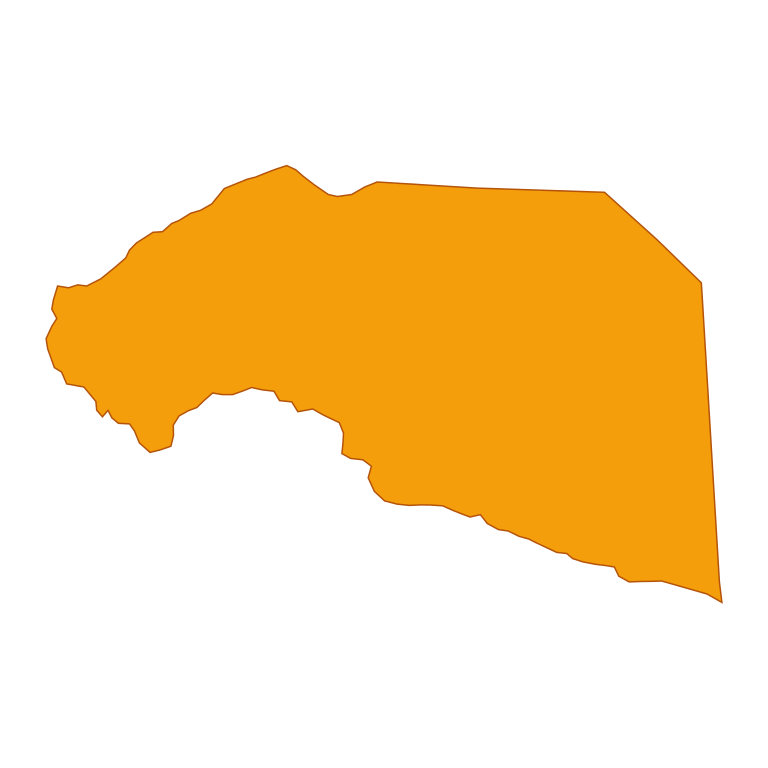 Luzinópolis, Tocantins, Brazil (Robinson projection)
{"feature_id": "56859067B89820520671314", "entity_name": "Luzinópolis", "entity_type": "district", "adm_level": 2, "iso_a3": "BRA", "parent_name": "Brazil", "parent_adm1": "Tocantins", "projection": "robinson", "projection_center": [-47.877, -6.217], "detail": "fine", "context": "isolated", "style": "filled", "palette": "amber", "viewbox_px": 768, "rotation_deg": 0, "n_neighbors": 0, "source": "geoboundaries", "source_scale": "gbopen_adm2", "svg_char_len": 1544}
<svg xmlns="http://www.w3.org/2000/svg" viewBox="0 0 768 768"><path d="M102.4,416.8L108.0,410.4L111.9,417.9L118.4,423.3L129.5,423.9L134.4,430.8L139.4,442.9L150.0,452.4L159.9,450.0L170.9,446.2L173.5,435.5L173.3,425.1L179.1,415.9L188.2,410.8L196.9,407.5L204.2,400.4L212.6,393.0L222.3,394.6L232.6,394.6L243.3,390.8L251.6,387.5L262.5,389.9L274.0,391.2L279.5,400.6L291.8,401.9L297.9,411.7L312.8,409.0L322.2,414.4L329.9,418.2L339.3,422.6L343.5,433.1L343.0,442.9L341.9,453.6L350.6,458.4L362.9,459.8L371.4,466.2L368.2,477.8L374.4,491.4L384.6,500.9L397.0,504.1L409.3,505.4L420.3,504.9L430.1,505.0L442.6,505.8L453.2,510.5L461.5,513.8L470.0,517.0L480.4,514.7L487.4,523.6L498.5,529.6L508.2,531.0L519.0,536.3L528.7,539.0L535.8,542.6L545.2,547.0L556.7,552.4L566.7,553.5L572.7,558.6L583.0,561.9L595.3,564.3L605.5,565.5L614.4,567.0L618.8,576.2L629.1,581.9L639.8,581.5L652.8,581.3L661.6,581.0L707.0,594.0L721.9,602.4L719.4,581.9L702.1,295.1L701.3,282.8L657.0,239.7L604.5,192.3L476.7,188.1L377.1,182.0L364.8,187.0L351.7,194.5L337.3,196.5L328.3,194.5L320.9,189.4L314.1,184.7L303.2,176.3L295.8,169.8L286.8,165.6L276.6,168.9L265.5,173.1L255.3,177.2L247.3,179.2L224.4,188.5L211.8,203.9L200.6,210.3L190.8,213.2L178.8,220.6L171.7,223.5L162.5,231.7L153.0,232.3L136.4,243.0L129.5,250.1L125.8,257.9L115.6,266.8L100.7,278.9L86.7,286.0L77.6,284.9L68.6,287.8L57.6,286.0L53.4,300.0L51.8,309.1L56.8,318.5L51.8,326.3L46.1,338.7L47.7,348.9L54.4,367.6L61.6,372.1L66.7,383.9L83.9,387.0L95.9,401.5L96.7,410.2L102.4,416.8Z" fill="#f59e0b" stroke="#b45309" stroke-width="1.5"/></svg>